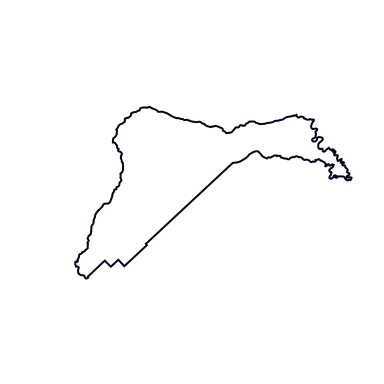 Alto Alegre dos Parecis, Rondônia, Brazil, rotated 227°
{"feature_id": "56859067B30978738760138", "entity_name": "Alto Alegre dos Parecis", "entity_type": "district", "adm_level": 2, "iso_a3": "BRA", "parent_name": "Brazil", "parent_adm1": "Rondônia", "projection": "mercator", "projection_center": [-61.96, -12.573], "detail": "fine", "context": "isolated", "style": "outline", "palette": "ink", "viewbox_px": 384, "rotation_deg": 227, "n_neighbors": 0, "source": "geoboundaries", "source_scale": "gbopen_adm2", "svg_char_len": 6079}
<svg xmlns="http://www.w3.org/2000/svg" viewBox="0 0 384 384"><g transform="rotate(227 192 192)"><path d="M92.7,316.0L92.8,316.9L93.0,317.6L93.7,318.4L94.4,318.1L95.2,317.4L96.9,315.0L97.6,315.2L97.9,316.2L97.3,318.8L98.5,319.8L99.5,319.3L100.7,318.9L101.3,319.6L101.7,320.7L102.9,321.2L103.6,321.2L104.8,320.9L105.5,321.0L106.4,321.7L107.4,321.8L108.0,320.8L108.9,320.4L110.7,321.2L109.6,322.4L109.9,323.3L111.0,322.9L112.2,321.0L113.2,322.1L113.4,323.3L114.2,323.8L114.6,322.7L114.8,320.7L115.3,319.8L117.9,321.1L118.3,322.4L119.1,323.4L120.1,323.3L120.6,322.2L121.8,321.2L122.4,321.5L122.9,323.3L123.8,324.6L125.3,324.5L124.4,323.6L124.2,322.5L125.0,322.6L126.1,323.1L126.9,324.1L127.5,323.5L126.7,322.6L127.9,322.5L128.9,322.0L131.0,322.2L131.1,320.7L131.5,318.9L131.1,317.8L131.2,316.7L131.6,315.9L132.2,315.5L133.3,315.8L134.0,316.6L134.7,316.8L135.5,316.0L136.1,315.0L136.8,314.5L137.9,314.5L139.8,315.8L141.0,317.5L141.3,319.1L140.9,321.4L141.2,323.4L142.3,324.2L143.2,324.2L145.1,322.8L146.0,321.7L146.2,320.6L145.3,319.4L144.8,318.3L144.8,317.2L145.3,316.0L145.9,315.4L146.8,315.0L147.8,315.1L148.5,315.7L148.7,316.5L148.0,318.6L148.0,319.7L150.1,322.5L150.7,322.7L151.9,323.3L151.9,325.5L152.6,326.4L153.9,325.9L155.7,323.2L157.0,323.0L158.0,323.3L159.1,324.1L159.8,325.5L160.6,327.2L161.2,329.9L161.9,330.4L162.6,329.8L163.3,328.7L164.7,328.2L165.5,326.4L166.6,325.4L167.7,324.8L168.8,324.6L169.6,324.2L170.3,324.6L170.9,324.6L171.8,323.8L172.6,323.5L173.0,322.9L173.3,321.2L174.3,320.4L175.2,320.3L176.5,320.5L177.2,321.0L177.7,319.9L177.8,318.8L178.9,318.1L179.3,316.7L181.1,314.1L182.3,311.9L182.8,309.9L183.1,307.9L184.8,305.0L185.3,303.7L186.4,302.5L187.0,301.7L187.6,300.4L187.8,299.2L188.1,298.5L189.4,296.4L191.2,294.1L192.3,291.6L193.7,290.1L194.7,288.5L195.4,287.9L198.1,286.6L199.0,285.9L200.4,285.9L201.2,285.4L202.8,283.9L203.2,283.0L203.8,282.7L204.3,282.2L204.4,280.3L204.9,278.1L204.9,277.3L204.5,275.8L205.6,274.5L207.9,273.1L207.9,272.3L207.5,270.4L208.0,269.4L208.6,269.0L209.2,268.2L209.3,267.5L208.8,263.3L208.6,262.4L208.9,261.1L209.4,260.2L210.2,259.5L210.6,258.6L211.3,257.7L212.0,257.1L212.9,257.3L214.0,257.2L215.6,256.5L217.3,257.5L218.3,257.4L223.0,255.2L224.3,254.2L224.9,253.2L225.2,252.5L226.3,251.2L226.4,250.4L226.8,249.8L227.5,249.6L228.0,249.1L229.7,248.1L231.8,247.3L232.9,247.4L233.6,247.2L235.5,246.2L236.7,246.1L238.2,245.5L239.1,244.3L240.1,242.7L244.8,239.2L245.8,239.0L246.4,238.4L248.1,237.8L249.4,235.9L250.1,235.3L251.5,235.0L252.9,233.8L254.6,232.8L255.2,232.6L256.7,230.9L260.4,229.2L266.5,227.5L267.2,227.1L267.8,226.7L270.5,225.4L273.7,222.0L275.0,222.0L276.9,221.6L280.4,219.9L281.8,219.4L282.7,219.3L283.3,218.9L284.1,216.9L286.7,214.5L288.2,212.2L288.4,211.2L287.5,209.1L288.5,207.1L288.8,205.3L289.9,204.1L290.9,201.8L290.8,200.7L289.9,200.2L289.6,199.3L289.6,198.0L289.5,196.9L289.9,195.8L290.5,195.2L290.6,194.4L291.2,193.8L291.3,192.9L291.0,192.3L289.8,191.5L289.3,190.9L289.6,187.6L290.4,185.8L290.6,183.7L289.5,181.1L289.4,179.8L289.2,179.1L287.9,178.9L286.7,177.3L285.9,176.9L285.5,176.1L284.7,173.9L284.9,171.4L284.8,170.8L283.3,168.9L282.1,167.9L280.8,169.1L277.1,168.8L275.8,167.7L274.8,167.4L273.5,167.7L273.0,166.3L271.9,166.1L270.2,167.0L268.8,167.2L267.5,166.5L266.8,164.8L266.2,164.2L265.8,163.5L264.5,162.7L263.4,162.4L262.3,161.5L261.5,161.2L260.3,161.2L259.4,160.3L257.8,159.2L256.5,157.6L255.2,156.8L254.7,155.7L254.1,154.0L254.1,153.1L254.3,152.3L252.4,150.8L251.7,149.8L251.1,149.4L249.3,148.7L248.5,148.2L248.3,146.8L248.3,145.5L246.5,143.3L246.3,142.6L246.4,141.3L246.9,140.4L246.6,139.5L245.7,138.6L246.6,136.9L245.3,134.7L245.2,133.2L244.6,132.6L244.1,131.6L243.6,131.2L242.7,129.7L241.2,126.7L240.7,125.5L240.5,124.0L240.8,122.6L242.5,120.9L243.1,119.9L243.3,118.7L242.7,117.2L242.4,115.7L242.4,110.8L242.1,109.5L242.1,108.7L241.9,108.0L241.7,106.8L241.1,105.5L239.7,103.6L239.1,102.1L238.3,100.6L236.9,99.4L235.9,97.5L236.0,96.8L235.8,95.7L234.7,94.2L233.9,93.6L232.6,91.9L231.9,91.5L231.5,90.7L230.8,90.2L230.6,89.4L230.1,88.7L230.1,87.5L230.5,86.7L230.0,85.9L229.2,83.9L227.0,83.4L226.5,82.5L226.4,81.2L225.7,80.6L224.8,80.5L224.4,79.6L222.1,77.5L222.0,76.8L222.0,75.6L222.2,74.5L221.9,73.3L222.0,72.4L222.8,70.9L222.4,69.7L222.5,68.6L223.0,67.7L222.9,66.4L222.2,65.8L221.6,65.2L221.4,64.1L220.8,63.6L220.6,62.2L219.2,61.3L219.2,60.2L220.2,60.0L220.4,59.2L220.3,58.5L218.7,57.4L216.5,56.3L216.0,57.0L214.8,57.8L213.7,57.5L213.0,56.0L212.1,54.9L210.3,53.6L208.9,53.6L207.8,53.7L206.9,54.1L206.0,55.0L204.7,56.0L204.0,56.1L203.3,55.6L202.2,55.4L201.1,55.4L200.5,56.1L200.2,57.7L201.1,58.1L201.3,81.4L192.7,81.7L192.7,91.9L183.9,91.9L183.9,122.7L185.5,122.9L185.5,241.7L183.2,244.6L181.9,246.9L181.4,248.3L180.0,254.7L180.1,257.9L180.4,259.8L179.7,262.5L179.4,264.0L178.5,266.0L177.4,267.5L176.8,268.0L173.5,268.2L170.0,267.9L168.5,268.3L167.7,268.7L165.4,269.6L165.3,271.5L164.5,272.3L163.8,272.7L163.4,273.5L162.6,277.1L161.2,278.6L160.5,278.5L159.8,279.9L158.5,280.6L158.1,281.2L157.3,280.7L156.6,280.6L156.0,281.2L155.1,281.4L154.5,282.1L153.8,282.2L152.3,283.5L151.8,284.1L150.5,284.5L149.7,285.3L149.9,286.9L149.3,288.4L148.9,289.0L148.7,290.1L147.5,290.8L147.4,291.9L147.1,292.5L146.5,293.2L145.9,293.5L144.9,293.6L144.4,294.3L142.6,295.6L139.6,295.7L138.6,296.2L137.9,297.6L137.2,298.2L135.6,299.1L133.7,299.2L132.8,299.5L132.2,299.9L131.9,301.3L130.8,302.0L130.2,302.9L130.2,303.6L131.1,304.2L130.5,305.0L129.9,306.1L129.7,307.0L129.0,307.4L127.2,307.4L126.5,308.2L125.3,308.3L124.3,308.7L123.0,309.1L121.7,309.0L120.7,308.4L120.0,307.1L119.5,307.4L119.3,308.4L119.8,309.9L119.2,310.9L117.8,310.5L117.0,311.1L116.6,313.3L115.2,314.1L114.4,312.4L114.3,310.6L114.7,309.0L114.4,307.3L113.2,306.6L112.1,306.8L111.7,307.4L110.9,307.3L110.6,306.1L109.8,305.2L109.6,303.6L108.8,302.2L107.1,302.4L106.7,303.0L106.5,305.1L106.7,306.1L107.1,307.1L106.4,308.2L105.0,308.6L104.4,307.9L104.8,306.9L103.7,307.5L103.6,309.5L103.1,310.2L100.5,312.9L99.5,313.5L98.1,313.4L97.0,313.1L96.1,313.0L94.4,313.6L93.9,314.4L93.7,315.5L92.7,316.0Z" fill="none" stroke="#020617" stroke-width="2"/></g></svg>